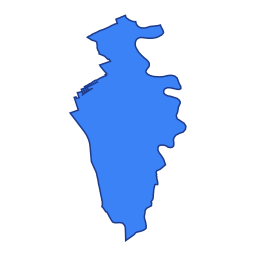 the district of Letea Veche, Bacau, Romania
{"feature_id": "2599482B63347405976277", "entity_name": "Letea Veche", "entity_type": "district", "adm_level": 2, "iso_a3": "ROU", "parent_name": "Romania", "parent_adm1": "Bacau", "projection": "robinson", "projection_center": [26.956, 46.548], "detail": "fine", "context": "isolated", "style": "filled", "palette": "blue", "viewbox_px": 256, "rotation_deg": 0, "n_neighbors": 0, "source": "geoboundaries", "source_scale": "gbopen_adm2", "svg_char_len": 5421}
<svg xmlns="http://www.w3.org/2000/svg" viewBox="0 0 256 256"><path d="M135.7,21.6L133.8,21.6L132.3,21.3L130.2,20.4L129.1,19.9L127.8,18.9L127.0,18.4L126.3,17.7L125.7,16.7L125.5,16.1L125.5,15.4L125.3,15.4L124.7,15.6L124.2,15.8L122.8,16.5L122.2,16.7L121.5,16.9L120.9,17.2L120.5,17.5L119.7,17.8L118.3,18.3L116.7,18.9L116.0,19.2L116.0,19.4L116.1,19.8L116.5,20.9L117.3,23.3L116.6,23.3L116.4,23.5L116.1,23.8L115.6,23.9L114.6,24.2L113.6,24.6L113.0,25.0L111.2,25.7L110.0,26.5L108.5,27.2L105.2,28.7L103.7,29.3L102.2,29.9L100.5,30.4L99.0,31.0L97.8,31.7L95.5,32.8L91.8,34.5L91.9,34.8L88.6,36.5L88.4,36.4L87.3,37.3L88.8,38.2L92.2,40.3L92.7,40.4L94.5,40.8L95.7,41.4L96.7,42.2L96.9,43.1L97.0,44.6L97.3,45.6L97.1,47.0L97.3,48.6L98.0,50.3L98.5,51.3L99.0,52.4L99.1,52.8L99.1,53.6L99.2,54.0L99.4,54.0L100.1,54.3L101.6,54.8L102.7,55.3L103.9,55.8L104.6,56.2L105.5,57.0L106.6,58.1L107.6,59.0L108.3,59.5L109.2,59.2L109.3,59.4L109.7,60.0L110.4,61.1L110.5,61.3L107.2,62.4L105.2,63.1L103.4,63.7L101.4,64.4L100.5,64.8L99.7,65.0L100.5,66.4L100.9,66.9L101.8,68.0L102.6,69.0L103.7,70.3L104.9,71.7L105.3,72.1L105.9,72.8L106.4,73.3L106.9,73.9L106.5,74.1L105.3,74.5L106.2,75.6L105.4,76.0L105.2,75.8L104.3,76.2L103.6,76.5L102.9,76.8L102.9,77.0L102.2,77.3L102.1,77.2L101.2,77.7L100.1,78.1L99.8,78.3L99.6,78.4L98.7,79.0L98.1,79.3L97.9,79.4L97.3,79.8L97.1,80.0L96.9,80.1L96.1,80.1L95.8,80.2L95.5,80.3L94.8,80.6L94.2,81.0L93.8,81.2L93.2,81.5L92.9,81.7L92.4,82.2L92.0,82.5L91.4,83.1L90.8,83.3L90.0,83.7L89.9,83.6L89.4,83.9L89.2,84.0L88.7,84.4L88.7,84.5L88.3,84.7L88.2,84.7L87.8,85.0L87.7,85.0L87.2,85.3L86.9,85.5L86.1,86.0L85.8,86.1L85.4,86.3L85.4,86.2L84.9,86.5L84.5,86.7L84.8,87.1L85.3,87.6L86.6,87.1L88.0,86.5L90.1,85.7L90.4,85.5L91.5,84.9L92.5,84.4L93.1,84.1L93.6,83.9L94.6,83.3L95.1,83.1L96.4,82.4L97.2,82.0L97.3,82.1L96.6,82.4L96.4,82.5L96.2,82.6L95.7,82.9L94.6,83.5L93.1,84.2L92.5,84.5L92.2,84.7L92.0,84.8L91.1,85.3L90.6,85.5L90.1,85.8L87.8,86.8L87.2,87.0L87.6,88.1L88.0,89.1L88.4,90.1L88.6,90.5L88.4,90.6L87.8,89.0L87.4,88.1L87.2,87.4L87.0,87.1L85.4,87.7L85.3,87.8L85.6,88.5L85.7,88.8L85.8,89.1L86.8,91.6L86.6,91.3L85.5,88.8L85.2,87.9L84.1,88.2L83.7,88.4L83.3,88.6L83.6,89.2L83.8,89.9L84.4,91.1L84.8,92.0L85.1,92.8L84.6,92.1L84.1,90.9L83.4,89.2L83.2,88.6L81.3,89.3L81.5,90.0L81.9,90.8L82.2,91.2L82.7,92.5L83.3,93.8L84.1,93.5L85.0,92.9L86.8,91.8L87.1,91.5L88.7,90.5L89.3,90.1L90.8,89.1L91.5,88.8L91.9,88.6L92.0,88.7L91.5,88.9L91.0,89.2L90.7,89.3L89.3,90.3L89.1,90.4L86.4,92.2L85.8,92.6L85.7,92.6L83.8,93.8L83.6,94.0L83.4,94.1L83.3,94.4L83.1,94.6L82.5,94.9L82.5,94.7L83.0,94.4L83.2,94.1L82.3,92.1L82.1,91.5L79.3,92.3L78.5,92.4L77.4,92.6L77.9,94.1L78.2,95.2L78.4,96.0L78.5,96.2L78.8,96.9L79.1,97.7L76.6,98.3L76.3,97.6L76.0,96.9L74.2,97.4L74.5,98.2L74.7,98.9L75.3,100.7L76.0,102.8L76.8,105.5L77.6,107.8L78.3,110.0L76.6,110.7L74.5,111.4L70.1,113.0L71.5,114.8L73.0,116.7L74.1,118.2L76.8,121.7L78.4,123.9L79.9,125.8L81.0,127.3L82.2,128.8L83.8,130.9L84.9,132.5L85.5,133.4L86.2,134.5L86.9,135.8L87.5,137.0L88.0,138.2L88.6,139.5L89.0,140.9L89.4,142.2L89.8,144.2L90.0,145.7L90.2,147.7L90.4,149.9L90.5,151.5L90.8,154.8L91.0,156.5L91.1,157.8L91.1,158.7L91.3,160.3L91.3,161.0L91.5,161.8L92.0,162.9L92.6,164.3L93.5,166.3L94.2,167.9L94.7,168.8L95.4,170.4L96.0,171.8L96.3,172.6L96.5,173.2L96.7,174.2L97.3,177.0L97.7,178.9L98.2,181.3L98.4,182.6L98.5,183.7L99.2,186.4L100.3,191.9L101.0,195.6L101.5,197.8L101.9,200.1L102.2,201.4L102.3,202.2L102.4,203.3L102.4,204.2L102.2,205.4L102.0,206.3L101.9,206.7L102.7,207.2L105.9,211.9L106.9,211.9L110.0,217.8L111.9,221.0L112.6,221.9L113.4,222.4L115.4,222.8L119.4,222.6L122.5,223.0L124.5,225.2L125.3,227.4L125.6,235.2L125.7,240.6L128.8,238.4L132.0,236.2L134.6,234.2L135.0,233.2L136.6,232.2L140.0,231.4L142.8,230.5L144.9,229.4L146.1,228.1L146.2,226.0L145.9,224.1L145.5,221.9L144.6,219.0L144.3,216.3L144.9,213.3L145.1,210.5L146.6,208.3L149.7,206.6L151.4,205.8L151.6,203.8L151.6,202.6L151.0,201.7L152.2,200.2L153.0,198.7L153.8,189.2L154.5,186.4L154.9,184.6L155.7,184.4L157.6,184.6L157.7,184.3L157.7,183.5L157.7,182.5L157.5,181.4L157.3,180.6L157.1,179.5L156.6,178.0L156.7,177.7L156.8,176.9L156.7,176.4L156.2,175.8L156.6,174.8L156.7,174.5L156.1,172.5L156.3,171.7L157.0,170.6L157.9,170.3L159.3,169.6L159.9,169.3L160.4,169.1L165.5,164.8L163.5,159.0L161.2,155.5L159.0,152.6L157.9,149.8L158.0,147.1L159.1,145.6L160.8,145.1L163.4,145.1L166.2,145.8L167.9,147.1L170.3,147.6L172.1,147.3L173.3,146.4L173.8,145.2L173.8,142.8L173.4,139.7L174.2,137.2L176.1,135.0L179.3,133.4L183.2,132.0L185.4,129.4L185.9,126.2L184.1,123.3L179.9,120.5L177.1,118.7L176.2,115.5L177.6,112.0L178.5,106.9L180.1,103.4L180.2,101.8L179.1,100.0L176.9,98.3L170.9,96.4L167.6,95.8L164.9,94.4L163.7,92.9L163.7,90.7L164.9,88.8L167.3,87.7L169.8,87.7L174.0,88.6L177.1,89.3L179.6,89.4L180.9,88.5L180.7,86.2L179.3,83.9L178.1,80.7L177.1,78.0L174.8,76.1L171.5,75.3L168.0,75.5L163.5,76.6L159.5,76.9L153.5,76.5L149.8,75.4L147.5,74.1L146.0,72.4L145.9,71.1L147.0,69.1L148.4,67.4L149.1,66.3L149.3,64.5L149.1,62.9L147.8,61.0L145.9,59.2L143.8,57.5L141.5,55.3L138.7,52.3L136.9,49.3L135.7,47.1L135.2,44.8L135.3,42.8L135.7,41.0L136.7,39.3L138.1,38.3L139.7,37.6L142.0,37.5L145.8,38.0L149.6,38.3L152.1,38.2L155.2,37.8L157.8,37.0L160.1,35.8L161.7,34.9L163.0,33.5L163.5,32.5L163.3,31.2L162.5,29.4L161.0,26.7L160.4,25.0L157.7,25.7L150.0,26.5L145.8,27.8L144.0,28.0L141.5,27.9L140.4,27.6L139.2,27.1L137.5,25.9L137.1,25.3L136.2,23.8L135.7,21.6Z" fill="#3b82f6" stroke="#1e3a8a" stroke-width="1.5"/></svg>